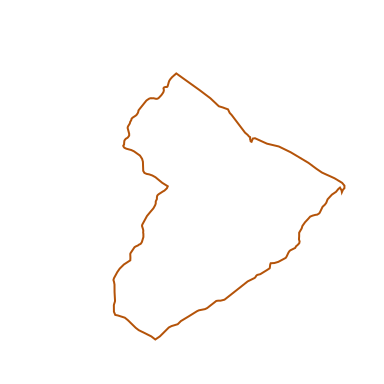 SVG path tracing the border of Zaire, rotated 147°
{"feature_id": "AGO-1882", "entity_name": "Zaire", "entity_type": "Province", "adm_level": 1, "iso_a3": "AGO", "parent_name": "Angola", "parent_adm1": "", "projection": "robinson", "projection_center": [13.603, -6.817], "detail": "fine", "context": "isolated", "style": "outline", "palette": "amber", "viewbox_px": 384, "rotation_deg": 147, "n_neighbors": 0, "source": "natural_earth", "source_scale": "10m", "svg_char_len": 3132}
<svg xmlns="http://www.w3.org/2000/svg" viewBox="0 0 384 384"><g transform="rotate(147 192 192)"><path d="M223.4,84.0L227.2,85.3L229.6,86.8L231.0,87.4L242.6,86.4L244.9,86.7L250.6,89.0L252.6,89.3L262.7,89.5L271.6,89.8L276.0,88.9L282.2,90.7L285.2,91.0L297.6,88.4L303.1,88.3L304.8,93.1L311.9,105.1L313.2,108.8L315.6,119.5L316.8,123.2L321.4,128.8L323.3,130.7L322.7,134.1L319.2,139.6L318.6,140.2L316.3,142.1L315.8,142.7L311.6,150.0L311.3,150.5L307.4,156.6L306.4,159.0L305.8,161.0L304.4,162.2L298.3,165.5L294.4,167.1L288.6,168.3L281.0,168.3L279.6,170.2L277.5,173.7L277.1,174.0L276.6,174.3L270.3,177.0L269.5,177.0L268.9,177.0L267.1,176.7L266.6,176.6L265.4,176.7L264.8,176.7L263.8,176.5L263.2,176.5L262.7,176.7L262.2,176.9L261.2,177.4L257.3,180.7L256.2,182.4L255.5,183.5L255.3,184.1L255.1,184.5L254.2,185.7L253.8,186.3L253.4,187.3L252.4,190.8L251.5,191.7L242.8,196.4L237.4,198.1L233.3,199.3L230.1,201.0L228.8,202.0L228.5,202.4L227.7,203.6L227.3,204.0L225.8,204.9L225.2,205.3L224.9,205.8L224.3,206.7L223.2,207.8L222.5,208.1L221.2,208.3L216.0,208.3L215.0,208.2L214.4,208.2L213.6,208.3L211.0,208.8L209.2,210.0L212.0,216.0L214.6,224.3L216.3,227.5L218.3,230.1L220.2,231.9L221.5,233.9L221.4,236.3L216.7,244.1L215.8,247.0L215.8,250.9L218.5,257.7L220.1,260.3L223.5,264.1L224.6,265.9L224.7,267.1L224.7,267.6L224.3,268.4L223.2,268.7L222.5,269.7L221.0,271.6L220.5,272.0L219.8,272.3L218.6,272.7L216.6,272.6L216.0,272.7L214.0,273.5L213.0,275.0L211.1,280.8L210.3,281.6L209.5,282.1L207.1,283.2L206.7,283.5L206.3,283.8L205.6,284.5L204.1,285.2L203.7,285.5L203.3,285.8L203.0,286.2L202.3,286.5L201.3,286.7L198.0,286.7L196.7,286.8L194.7,287.6L193.8,288.2L193.2,288.7L192.5,289.5L191.8,289.8L180.6,293.5L179.4,293.6L177.0,293.6L176.0,293.3L175.2,293.0L174.9,292.6L173.5,291.8L173.1,291.5L171.4,289.7L170.5,289.2L169.7,289.0L168.7,289.0L165.0,289.9L162.7,290.8L161.5,291.4L160.4,292.4L160.0,293.0L159.8,293.5L159.7,293.9L159.5,294.4L159.1,294.7L158.5,294.9L157.6,294.7L157.0,294.5L156.5,294.2L156.0,293.8L155.6,293.7L155.1,293.8L152.6,295.9L152.0,296.5L151.2,297.1L150.4,297.7L148.5,298.5L146.0,299.2L141.3,299.9L140.8,300.0L140.6,300.0L130.1,273.2L125.5,260.5L122.8,249.3L120.1,246.1L118.7,244.2L116.8,241.7L117.3,237.8L116.8,234.9L115.2,212.9L114.2,209.5L114.0,207.7L113.8,207.1L113.5,206.7L113.4,206.4L113.7,205.8L114.3,205.0L114.6,204.4L114.8,203.3L115.1,202.9L115.2,202.5L114.7,201.7L111.9,203.7L109.9,202.8L102.8,191.7L94.4,182.9L87.6,171.6L78.5,153.1L75.0,143.7L72.4,137.5L69.8,133.4L67.4,129.7L65.0,125.9L61.1,117.9L60.7,114.3L62.1,112.2L64.3,111.6L66.4,110.2L65.7,111.9L65.5,115.1L67.7,114.8L71.1,113.7L76.1,113.6L82.3,112.0L85.3,109.8L87.5,109.0L90.5,108.5L95.6,105.4L96.8,104.8L99.2,104.8L101.2,105.7L103.7,106.5L106.3,107.0L109.1,106.2L113.6,105.1L117.9,103.4L119.9,101.7L124.3,99.5L126.1,96.7L128.1,94.0L128.7,91.9L130.0,90.6L132.5,90.0L134.3,89.8L135.9,88.9L137.6,89.1L141.2,89.5L142.3,89.4L144.0,88.7L147.9,86.3L149.3,85.7L157.7,86.4L161.7,87.6L164.8,89.4L165.9,88.6L167.9,86.2L168.5,85.7L171.7,85.7L179.5,85.9L182.4,86.9L183.6,86.8L185.3,86.0L186.3,85.8L194.0,86.7L210.1,85.2L223.4,84.0Z" fill="none" stroke="#b45309" stroke-width="2"/></g></svg>